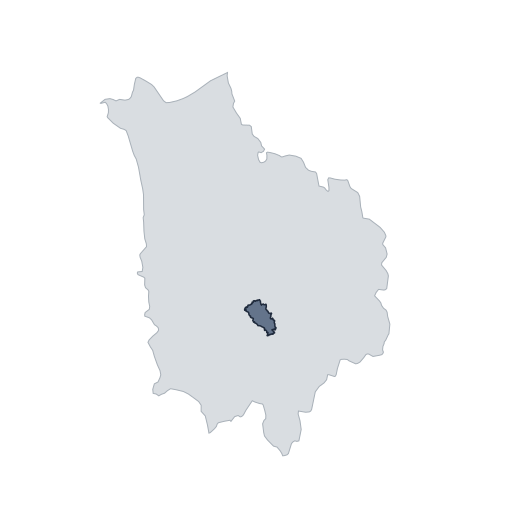 location of Klichaw, Mogilev, Belarus, rotated 77°
{"feature_id": "67162791B97539600295477", "entity_name": "Klichaw", "entity_type": "district", "adm_level": 2, "iso_a3": "BLR", "parent_name": "Belarus", "parent_adm1": "Mogilev", "projection": "natural_earth1", "projection_center": [29.42, 53.506], "detail": "fine", "context": "in_parent", "style": "filled", "palette": "slate", "viewbox_px": 512, "rotation_deg": 77, "n_neighbors": 0, "source": "geoboundaries", "source_scale": "gbopen_adm2", "svg_char_len": 8205}
<svg xmlns="http://www.w3.org/2000/svg" viewBox="0 0 512 512"><g transform="rotate(77 256 256)"><path d="M418.0,341.7L410.0,341.3L400.4,341.4L395.0,344.4L389.1,343.0L384.9,344.6L375.4,352.8L371.7,357.2L368.3,364.0L366.1,369.1L367.3,372.6L369.1,375.9L369.5,379.4L370.4,382.2L368.1,384.2L366.7,387.1L362.7,386.6L357.7,383.8L356.7,379.8L352.9,376.9L350.4,375.5L346.2,375.3L339.7,376.6L331.0,377.6L324.6,377.9L321.0,379.3L315.8,380.7L313.7,379.0L310.8,374.5L308.5,369.9L306.8,367.9L305.4,367.4L303.7,367.5L301.6,368.9L300.1,370.4L294.7,372.1L292.3,373.7L289.6,377.9L287.9,377.6L286.1,376.7L284.0,372.0L281.2,370.9L276.7,370.8L271.0,369.8L266.4,368.4L264.8,368.8L262.0,370.8L259.1,371.0L252.6,369.3L251.4,370.1L247.6,375.2L245.9,375.5L244.9,374.8L245.5,370.4L241.7,368.8L235.4,368.5L231.0,369.2L228.8,369.0L227.7,368.1L222.3,360.6L219.5,360.1L214.3,360.5L206.7,359.6L198.0,357.9L193.2,357.3L190.7,355.6L185.3,355.0L170.9,351.8L165.0,351.3L156.3,351.2L143.1,350.5L134.6,350.9L130.6,352.0L126.0,352.6L110.3,353.5L104.6,354.3L103.0,355.9L101.0,359.4L94.4,365.3L88.0,369.3L86.8,369.7L83.2,367.6L80.1,366.8L76.5,366.6L74.0,367.3L72.3,368.3L72.4,372.9L72.0,373.3L69.4,367.8L69.8,362.9L71.4,360.0L73.4,357.5L72.7,353.7L74.7,348.6L74.8,345.0L74.1,343.4L72.6,341.6L68.6,339.5L66.8,338.0L61.4,335.9L55.9,333.2L55.1,331.6L55.3,330.5L56.4,328.8L60.7,324.0L65.4,319.2L68.3,317.3L83.9,311.2L86.4,309.1L87.0,305.5L87.0,298.2L86.2,291.6L85.2,287.0L82.5,278.5L75.0,260.8L70.8,242.5L73.9,243.6L81.2,244.0L87.0,242.7L90.0,242.6L92.7,243.0L100.3,241.9L102.2,243.6L105.6,245.0L112.3,242.9L118.3,240.4L124.5,240.6L125.4,239.4L127.1,232.9L128.9,231.5L136.3,232.2L139.0,231.0L142.0,227.8L146.4,225.8L150.0,225.8L153.8,223.6L155.6,225.1L156.5,227.8L155.2,229.9L155.7,230.7L158.3,231.8L162.8,231.8L165.7,230.9L166.4,229.7L166.4,227.4L165.7,225.4L163.9,223.6L160.3,222.7L157.8,222.6L157.4,221.5L158.3,219.1L160.6,214.6L163.4,210.6L165.1,209.1L165.4,207.7L165.1,205.2L165.1,200.9L167.7,194.7L171.0,190.1L175.4,188.6L180.8,187.8L184.2,185.6L185.9,183.1L187.5,179.2L189.2,178.4L202.0,178.9L204.0,174.9L205.1,173.8L207.6,172.7L209.3,171.3L208.7,170.2L205.5,169.5L197.8,168.9L196.2,167.6L196.7,166.0L198.9,161.9L200.9,156.7L202.0,152.7L202.1,150.3L203.2,149.6L209.5,148.9L211.6,148.1L217.1,142.6L221.2,141.6L231.8,143.0L236.6,142.9L242.8,143.3L243.3,142.8L245.6,137.3L256.1,128.6L261.7,125.6L265.3,124.9L266.5,125.1L272.1,129.7L273.4,129.9L277.2,127.9L283.6,127.8L286.6,129.4L290.9,135.0L293.1,135.7L299.4,132.5L302.9,131.5L305.2,131.5L317.0,135.9L317.9,137.3L318.0,139.0L316.1,144.1L318.6,147.2L321.5,149.4L327.6,145.8L329.8,144.9L332.3,144.8L335.6,143.5L337.9,141.5L340.2,140.9L344.6,141.3L352.5,140.9L361.7,144.0L362.5,144.9L367.1,148.5L368.7,150.4L370.2,150.9L372.7,152.7L376.0,153.8L378.3,153.5L379.3,154.1L380.4,155.5L380.5,157.8L380.2,164.6L376.9,168.2L376.5,169.5L376.7,171.0L379.3,173.9L382.7,178.5L383.5,181.1L383.5,183.1L379.0,189.0L377.4,190.3L376.4,193.2L375.9,196.2L376.2,197.4L384.0,202.0L389.7,204.6L391.0,205.8L391.1,206.6L388.1,211.6L387.8,212.9L392.4,215.0L395.0,218.3L397.3,223.7L401.7,228.8L418.0,236.3L419.4,237.6L419.9,239.2L419.4,242.8L416.6,249.5L419.4,250.5L426.5,250.2L435.2,251.0L445.8,255.8L445.8,257.9L444.8,259.8L445.5,261.9L446.7,263.6L455.8,268.9L456.7,270.5L456.9,273.1L456.7,274.9L454.2,275.3L451.4,276.2L446.9,278.5L445.2,281.7L437.8,286.2L433.3,288.2L429.7,288.2L421.0,287.3L418.0,285.2L416.7,283.1L413.3,282.2L408.9,282.2L402.8,282.5L401.6,283.1L400.6,285.6L398.1,289.8L396.2,292.2L404.0,300.5L408.0,304.0L409.2,306.1L409.2,307.6L407.4,309.3L407.7,312.9L411.5,317.6L410.2,318.3L409.9,324.1L410.0,330.2L411.1,331.7L413.1,332.9L414.9,335.2L417.8,340.3L418.0,341.7Z" fill="#d9dde1" stroke="#a8b0b8" stroke-width="1"/><path d="M336.0,257.1L335.8,257.1L335.5,256.9L335.3,256.7L335.2,256.5L335.2,256.2L335.2,255.7L335.0,255.2L334.8,255.2L334.5,255.2L334.3,255.2L334.2,255.3L334.2,255.5L333.8,255.8L333.3,256.0L333.1,256.1L332.7,256.3L332.2,256.7L332.0,256.8L331.9,256.9L331.7,257.0L331.4,256.9L331.4,256.7L331.4,256.4L331.5,256.1L331.5,255.8L331.4,255.5L331.4,255.3L331.3,255.1L331.4,254.9L331.6,254.9L331.9,254.7L332.1,254.5L332.2,254.4L332.2,254.2L332.2,253.9L331.8,253.9L331.7,254.0L331.4,254.1L331.1,253.9L331.1,253.7L331.3,253.5L331.5,253.3L331.4,253.1L331.2,253.0L330.7,253.2L330.4,252.7L330.1,252.8L329.9,252.9L329.7,253.1L329.6,253.3L329.4,253.3L329.1,253.4L328.9,253.4L328.5,253.3L328.0,253.3L327.7,253.2L327.3,253.2L327.1,253.1L326.7,252.9L326.2,252.9L326.0,253.1L325.8,253.1L325.3,253.2L324.8,253.1L324.4,253.1L324.1,252.9L323.9,252.7L323.7,252.5L323.4,252.4L323.1,252.6L323.0,252.8L322.9,252.9L322.5,252.9L322.3,253.0L322.2,253.3L322.2,253.5L321.8,253.8L321.6,253.8L321.4,253.7L321.0,253.6L320.9,253.6L320.6,253.7L320.4,253.9L320.3,254.0L320.5,254.4L320.6,254.6L320.7,254.8L320.8,255.0L320.7,255.2L320.6,255.3L320.6,255.6L320.5,255.8L320.3,255.9L320.0,256.0L319.5,255.9L319.3,255.8L318.9,255.7L318.7,255.5L318.5,255.4L318.1,255.1L317.7,254.9L317.3,254.9L316.8,254.9L316.3,254.4L316.0,254.1L315.6,253.8L315.0,254.1L315.1,254.6L315.3,255.0L315.0,255.4L314.7,255.8L314.5,256.4L314.0,256.7L312.9,256.7L312.4,256.9L312.2,257.3L311.8,257.5L311.3,257.5L310.9,257.9L310.2,258.3L309.0,258.1L308.5,257.8L307.9,257.4L307.3,257.3L306.4,257.1L305.8,257.1L305.4,257.1L305.2,257.6L305.5,258.3L305.4,258.7L305.1,259.4L304.6,259.6L304.4,259.8L304.5,260.2L304.6,260.9L304.6,261.1L305.0,261.7L304.5,262.0L304.1,262.1L303.4,262.0L302.3,262.1L301.6,262.0L301.0,261.8L300.4,262.2L300.0,262.3L299.4,262.4L299.3,262.7L299.5,263.3L299.5,263.8L299.8,264.4L299.3,264.7L299.5,265.4L299.5,265.7L299.5,265.9L299.7,266.2L299.9,266.4L300.0,266.6L299.9,266.8L299.7,267.0L299.4,267.2L299.3,267.4L299.2,267.7L299.5,268.0L299.3,268.4L299.2,268.6L299.7,268.9L300.0,269.0L300.3,269.1L300.5,269.3L300.6,269.5L300.3,269.9L300.2,270.1L300.5,270.3L301.0,270.3L301.5,270.6L301.4,270.8L301.4,271.1L301.7,271.2L301.9,271.4L302.1,271.7L302.1,272.0L302.1,272.4L302.2,272.7L302.4,272.9L302.4,273.2L302.4,273.4L302.3,273.6L302.2,274.1L302.1,274.4L302.1,274.6L302.2,274.9L302.5,275.1L302.9,275.2L303.2,275.3L303.6,275.5L303.8,275.7L304.0,276.0L303.9,276.3L303.7,276.5L304.0,276.6L304.3,276.9L304.2,277.1L303.8,277.3L303.7,277.7L303.9,277.9L304.3,278.3L304.6,278.5L304.8,278.6L305.1,278.8L305.2,279.0L305.6,279.1L305.9,279.2L306.2,279.2L306.2,278.9L306.1,278.6L305.8,278.2L306.1,277.9L306.3,277.8L306.5,277.9L306.6,278.1L306.7,278.3L306.9,278.4L307.1,278.4L307.3,278.1L307.4,277.8L307.6,277.7L307.8,277.6L308.0,277.5L308.1,277.3L308.4,277.0L308.6,276.6L309.0,276.2L309.4,276.0L309.9,275.9L310.4,275.9L310.8,276.0L311.3,276.0L311.6,276.0L312.0,275.9L312.5,275.7L312.8,275.5L313.0,275.4L313.1,275.1L313.2,274.9L313.4,274.8L313.7,274.8L313.8,274.9L314.0,275.0L314.3,275.1L314.5,275.0L314.7,274.9L315.0,274.6L315.2,274.3L315.4,273.9L315.6,273.6L315.7,273.3L315.8,273.1L316.1,272.9L316.3,272.7L316.5,272.7L316.9,272.9L317.3,273.1L317.5,273.2L317.7,273.4L317.9,273.6L318.0,273.6L318.3,273.6L318.5,273.5L318.9,273.4L319.2,273.3L319.5,273.3L319.9,273.2L320.0,273.0L319.9,272.8L319.7,272.6L319.8,272.3L320.2,272.3L320.4,272.3L320.8,272.3L321.0,272.0L321.3,271.6L321.6,271.3L321.8,271.0L322.3,270.6L322.8,270.3L323.0,270.1L323.3,270.0L323.6,270.0L324.1,269.8L324.3,269.7L324.4,269.3L324.5,268.9L324.6,268.6L324.7,268.3L324.9,267.9L325.0,267.5L325.2,267.2L325.4,267.0L325.8,266.7L326.2,266.3L326.3,266.1L326.5,265.8L326.7,265.5L326.9,265.2L327.2,265.0L327.4,264.8L327.7,264.5L327.7,264.3L327.9,264.1L328.1,264.0L328.4,264.1L328.8,264.2L329.0,264.0L329.2,263.9L329.6,264.2L329.7,264.3L330.0,264.4L330.3,264.3L330.5,264.1L330.4,263.9L330.4,263.5L330.5,263.2L330.8,262.9L331.2,262.7L331.4,262.6L331.8,262.6L332.1,262.6L332.3,262.6L332.7,262.7L332.9,262.7L332.9,262.4L332.8,262.2L333.0,261.8L333.2,261.6L333.5,261.6L333.8,261.7L334.2,262.0L334.4,262.2L334.7,262.3L335.1,262.3L335.5,262.3L335.6,262.5L335.8,263.0L336.1,263.0L336.2,262.9L336.3,262.7L336.2,262.3L336.1,262.1L336.2,261.8L336.3,261.5L336.0,261.1L335.6,261.0L335.5,260.7L335.6,260.4L335.6,260.2L335.8,260.0L335.8,259.7L335.8,259.3L335.5,259.1L335.5,258.7L335.7,258.2L335.5,257.8L335.7,257.6L335.8,257.6L336.0,257.3L336.0,257.1L336.0,257.1Z" fill="#64748b" stroke="#1e293b" stroke-width="1.5"/></g></svg>